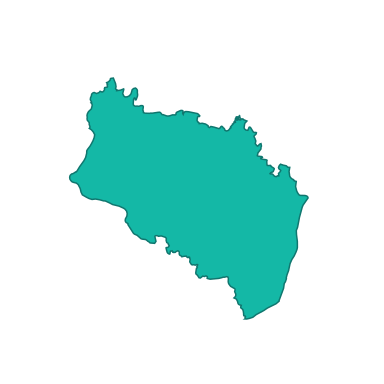 Mompós, Bolívar, Colombia, rotated 237°
{"feature_id": "7082276B99347605500180", "entity_name": "Mompós", "entity_type": "district", "adm_level": 2, "iso_a3": "COL", "parent_name": "Colombia", "parent_adm1": "Bolívar", "projection": "mercator", "projection_center": [-74.509, 9.146], "detail": "fine", "context": "isolated", "style": "filled", "palette": "teal", "viewbox_px": 384, "rotation_deg": 237, "n_neighbors": 0, "source": "geoboundaries", "source_scale": "gbopen_adm2", "svg_char_len": 6093}
<svg xmlns="http://www.w3.org/2000/svg" viewBox="0 0 384 384"><g transform="rotate(237 192 192)"><path d="M56.7,167.3L55.7,168.7L54.7,171.4L53.8,174.8L54.2,179.1L53.5,187.6L53.6,192.2L52.5,201.6L53.0,205.6L53.7,206.1L61.4,216.4L65.0,219.5L65.9,221.5L67.9,224.0L68.6,224.2L70.9,226.7L73.5,230.2L78.5,235.2L81.0,239.0L82.7,242.8L85.0,246.5L86.7,248.8L88.1,250.2L93.1,253.4L99.3,256.4L102.9,258.5L104.9,261.3L112.2,268.3L119.1,276.0L120.5,278.0L123.8,286.1L124.9,286.4L126.1,286.1L127.5,284.9L130.4,280.7L131.1,280.3L132.9,280.1L135.6,280.3L140.1,281.8L144.1,285.2L145.7,283.8L146.1,284.0L147.2,283.8L147.2,283.6L148.1,283.2L149.9,282.6L151.9,282.5L156.4,284.6L159.4,287.4L160.6,285.8L162.5,285.4L163.1,284.9L164.9,283.1L167.1,281.4L166.7,279.7L165.5,277.9L164.1,277.5L162.0,278.2L161.6,278.1L160.9,276.7L160.5,274.7L158.3,273.6L159.0,272.5L159.0,271.0L160.2,269.8L163.2,269.3L164.6,267.5L164.9,267.4L165.3,268.5L165.2,269.6L164.8,270.5L165.0,271.4L166.5,273.5L166.9,273.7L167.7,273.5L170.5,272.2L171.2,272.5L171.5,272.4L172.7,270.3L173.3,269.6L174.4,269.9L176.9,271.3L177.5,272.1L178.0,272.2L178.8,271.6L180.8,269.3L182.4,267.8L182.9,268.0L183.0,268.7L182.7,269.9L183.2,270.0L183.8,269.7L186.0,267.0L186.9,266.5L188.2,268.0L188.8,268.4L190.5,273.2L192.0,274.3L192.7,275.3L195.0,276.2L195.3,274.9L194.7,272.1L194.9,271.8L196.6,271.5L198.1,271.4L200.0,273.3L202.4,273.9L204.8,274.2L205.2,274.7L205.7,277.3L206.6,278.3L207.1,278.1L208.2,276.5L208.9,276.1L214.1,276.2L214.9,275.9L215.2,275.3L215.1,275.0L213.3,272.4L214.5,271.0L215.9,270.5L216.9,270.5L217.7,270.8L220.5,273.3L220.9,273.9L221.6,276.7L224.5,274.7L225.3,274.6L225.4,274.2L226.0,274.0L226.4,273.2L226.1,272.5L226.3,272.5L226.4,271.4L227.9,270.3L227.5,269.5L227.8,268.8L228.2,269.1L228.7,269.0L228.9,269.8L228.7,270.0L228.7,270.9L228.3,271.5L228.3,272.2L227.8,272.6L228.4,272.9L229.3,272.6L229.6,273.4L229.3,273.6L230.2,273.3L230.0,273.0L229.7,273.1L229.6,271.9L230.7,270.5L230.8,269.9L230.4,269.4L229.9,269.6L230.1,268.8L229.8,268.3L229.4,268.2L228.5,266.9L227.9,266.6L227.9,265.5L227.3,265.3L227.1,266.5L226.8,266.4L227.2,264.4L226.8,263.7L226.9,263.1L226.4,263.0L226.3,262.0L225.6,259.8L224.8,259.7L224.6,259.5L224.9,258.9L224.7,258.4L224.4,258.2L224.2,257.1L223.8,256.2L224.4,254.1L225.8,253.2L226.8,253.6L228.2,253.5L229.0,253.1L229.7,253.2L230.9,252.8L231.1,252.0L230.4,250.2L230.5,249.1L234.3,245.9L236.7,243.5L236.6,241.6L237.7,241.1L238.9,241.6L241.6,240.4L244.1,238.0L245.4,235.3L245.9,235.6L247.3,235.3L247.5,235.0L249.4,235.2L252.0,237.7L252.0,238.3L251.3,239.3L251.6,240.0L253.8,239.7L254.9,239.2L261.2,232.8L262.8,230.7L263.2,229.8L262.7,227.8L261.9,226.9L263.2,227.0L264.6,228.5L265.3,228.5L265.9,228.0L266.5,227.1L267.2,222.7L266.8,221.5L265.9,220.9L265.7,220.4L265.8,219.9L267.3,217.7L268.1,214.6L268.9,213.0L269.7,212.1L272.6,209.9L273.1,209.1L275.7,208.8L276.5,208.4L277.3,207.0L279.7,201.7L280.9,199.9L280.9,199.5L283.7,195.5L285.1,194.5L286.4,195.3L287.2,195.2L290.0,197.6L291.2,197.7L292.3,196.3L292.8,194.1L294.0,192.7L294.8,191.2L295.8,190.5L297.0,190.3L298.2,190.9L301.5,193.4L302.2,194.6L302.1,195.1L301.5,195.4L300.2,194.7L300.0,194.8L299.8,195.4L302.1,198.5L303.2,199.4L305.3,200.4L306.7,201.4L307.7,201.7L309.0,201.6L310.0,201.2L310.6,199.4L310.4,197.6L307.6,194.4L306.8,191.9L307.1,189.5L308.2,187.6L309.6,187.1L312.3,187.5L315.1,190.6L315.7,190.8L316.4,187.4L318.0,184.0L318.7,184.7L319.4,184.2L320.4,184.2L321.6,185.6L324.5,186.9L330.4,188.1L331.5,185.8L331.4,185.2L330.4,184.2L330.2,183.5L329.9,181.6L330.2,180.3L330.2,179.9L328.4,180.0L328.3,179.3L326.5,178.6L326.1,178.2L327.1,175.7L326.5,174.9L325.5,174.4L324.9,173.3L324.6,172.0L324.7,171.3L325.2,170.7L326.5,169.8L326.0,168.1L326.6,165.6L328.8,164.1L329.1,162.6L328.7,161.1L327.4,159.9L326.2,158.1L324.8,157.0L322.0,156.7L321.5,156.3L321.7,155.9L320.0,156.0L318.9,155.4L316.5,152.8L315.8,149.0L314.7,147.0L313.5,145.7L311.7,144.8L310.9,144.1L309.4,143.3L306.1,143.6L304.7,142.6L302.3,142.0L301.5,141.3L301.3,140.5L299.0,141.5L296.3,141.9L293.1,141.6L291.0,139.7L289.0,137.0L287.5,134.4L286.0,131.5L284.6,127.5L283.8,126.1L281.9,124.8L278.9,121.6L277.1,118.4L274.4,111.5L272.3,107.2L271.9,105.5L272.2,105.4L272.2,102.4L272.7,100.8L272.4,99.2L271.9,98.3L270.8,97.3L269.2,96.6L267.6,96.6L266.2,96.8L264.9,97.6L262.4,99.9L260.2,100.6L255.7,100.1L252.4,98.9L249.3,98.5L245.0,100.7L242.6,102.1L240.2,104.1L238.7,107.2L235.6,110.5L232.8,112.9L231.7,114.4L227.6,117.0L224.7,118.6L219.8,123.2L215.7,125.8L214.0,126.5L211.5,126.7L209.2,125.9L207.2,124.2L205.7,121.5L204.9,120.8L204.2,120.3L203.3,120.1L202.4,120.1L200.4,121.1L199.5,120.5L189.2,120.4L188.0,120.8L185.6,122.4L180.5,123.8L179.5,124.7L177.4,127.2L176.1,127.8L174.8,128.1L174.0,128.6L172.1,129.1L169.3,132.7L170.2,134.9L174.9,136.6L175.2,137.0L175.1,137.8L174.4,139.0L173.1,139.8L171.9,142.3L168.5,145.0L167.1,145.2L165.4,143.9L163.4,143.3L162.0,144.0L160.5,143.5L159.6,143.8L159.1,143.2L158.7,142.0L158.8,141.3L159.4,140.2L159.3,139.8L156.9,138.9L154.7,138.3L153.8,138.4L152.3,139.1L152.1,139.7L154.2,141.7L154.0,142.1L153.7,142.2L153.5,143.3L152.3,143.5L151.9,143.1L151.3,143.6L150.5,145.1L150.8,146.3L150.5,146.9L150.6,147.7L150.4,148.1L149.5,148.6L148.5,148.6L147.3,147.7L146.3,147.3L145.5,147.4L144.1,148.2L143.2,148.2L142.5,150.2L141.3,152.3L140.2,152.3L139.1,152.9L139.2,153.9L138.6,154.4L136.3,153.6L135.0,152.3L134.3,152.0L131.4,152.0L130.6,152.7L130.0,154.0L128.9,154.8L128.5,156.8L127.8,157.1L126.7,155.4L126.0,155.5L125.6,155.0L125.6,154.3L125.2,153.8L122.0,151.0L120.7,150.7L119.4,151.2L116.2,151.2L115.3,152.2L115.6,155.3L114.4,156.3L114.1,158.0L112.7,158.8L111.7,158.1L111.5,157.7L111.1,157.8L109.0,159.7L105.0,167.3L103.9,170.4L103.6,171.8L102.8,172.9L102.2,174.9L101.2,175.8L99.8,175.5L97.2,173.6L95.9,173.0L94.6,172.8L91.8,173.0L87.6,175.2L87.2,175.2L86.5,174.9L85.2,173.5L82.5,173.1L81.4,172.3L80.7,171.5L80.3,169.5L78.0,170.9L75.5,170.6L73.4,169.9L72.6,169.9L71.6,170.3L70.1,171.6L69.4,170.6L68.4,169.8L65.9,170.6L63.9,170.0L61.8,169.0L60.9,168.4L60.0,168.1L59.0,169.0L58.4,169.0L58.0,168.2L56.7,167.7L56.7,167.3Z" fill="#14b8a6" stroke="#0f766e" stroke-width="1.5"/></g></svg>